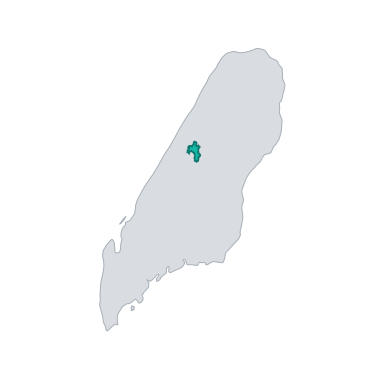 location of Ambositra, Amoron'i Mania, Madagascar, rotated 195°
{"feature_id": "10022922B13687813160362", "entity_name": "Ambositra", "entity_type": "district", "adm_level": 2, "iso_a3": "MDG", "parent_name": "Madagascar", "parent_adm1": "Amoron'i Mania", "projection": "natural_earth1", "projection_center": [47.304, -20.561], "detail": "fine", "context": "in_parent", "style": "filled", "palette": "teal", "viewbox_px": 384, "rotation_deg": 195, "n_neighbors": 0, "source": "geoboundaries", "source_scale": "gbopen_adm2", "svg_char_len": 7188}
<svg xmlns="http://www.w3.org/2000/svg" viewBox="0 0 384 384"><g transform="rotate(195 192 192)"><path d="M244.2,44.1L245.1,46.5L246.2,48.9L249.4,54.5L250.8,56.6L252.0,58.9L252.6,63.5L254.7,70.6L256.6,81.2L257.2,92.2L257.8,97.2L259.3,101.9L261.8,106.9L262.6,112.3L261.1,117.9L258.8,123.2L258.2,124.2L257.2,125.6L256.7,125.5L254.9,124.2L253.5,121.9L251.7,116.7L251.0,114.0L250.2,113.6L248.1,113.8L246.5,115.5L246.2,116.5L246.5,119.5L247.1,122.1L247.4,124.9L247.4,128.3L248.0,129.3L248.8,130.2L249.7,132.4L249.9,137.7L249.3,140.4L247.8,142.7L247.9,144.0L248.4,145.3L247.9,146.1L245.9,147.1L245.0,148.0L243.9,150.4L242.2,155.2L241.9,157.6L243.0,165.1L242.7,170.4L240.4,180.5L239.1,185.3L237.2,191.0L234.4,198.6L231.6,208.1L229.2,217.9L227.5,223.8L225.5,229.6L222.8,239.8L220.4,250.2L217.0,261.6L212.3,274.4L211.8,276.1L210.8,282.6L209.8,288.2L208.5,293.8L205.9,303.1L205.6,306.0L205.0,308.7L202.4,314.5L201.4,316.7L200.6,319.0L200.2,321.9L199.4,324.7L197.6,329.8L194.9,334.3L193.0,335.9L188.9,338.2L186.9,338.7L182.3,338.8L177.9,340.1L173.4,342.7L169.0,345.6L167.3,347.0L165.4,347.8L159.6,348.0L157.8,347.4L152.0,342.5L149.7,341.7L145.4,341.1L144.1,340.6L142.9,340.0L141.2,337.5L137.7,335.3L136.9,334.7L136.4,333.2L136.0,331.6L135.1,329.8L134.4,326.4L133.3,324.1L130.1,319.9L129.7,318.6L129.4,314.1L129.5,311.1L129.2,305.6L129.5,303.0L130.6,300.7L130.1,298.2L128.9,295.5L128.5,292.8L127.6,290.3L124.2,285.8L123.4,283.6L122.9,281.3L121.6,274.2L121.4,271.7L121.5,266.4L122.0,263.7L122.8,261.8L123.0,260.4L123.5,259.2L124.3,258.2L124.8,257.1L126.0,250.4L127.6,248.9L129.9,248.0L131.8,246.3L132.8,243.9L133.9,239.0L136.8,234.2L137.9,231.6L140.2,227.8L142.3,222.3L143.0,219.8L143.4,217.2L143.9,211.4L144.3,208.6L144.2,205.8L143.0,202.9L140.1,197.6L140.0,196.6L140.2,192.7L139.9,189.8L138.9,187.0L137.5,184.4L136.1,179.4L135.4,171.2L135.5,168.2L135.1,165.6L134.1,163.0L134.8,158.7L143.4,142.7L143.7,140.9L143.3,136.0L143.5,133.2L143.8,132.1L144.5,131.5L145.9,131.2L153.0,130.5L153.9,130.0L155.6,128.7L158.0,126.1L159.1,125.4L160.1,125.6L160.7,126.7L161.5,127.3L164.3,126.2L165.4,126.1L166.5,126.3L167.0,125.2L167.3,123.8L167.7,122.8L168.5,122.2L172.2,121.9L174.5,121.5L177.5,120.5L178.1,120.7L180.6,124.3L181.3,124.6L182.3,124.8L183.1,124.1L181.1,122.2L180.8,121.1L180.9,119.9L182.0,117.3L183.7,115.3L187.7,112.2L191.7,108.7L192.9,108.5L193.9,109.0L194.7,113.2L194.6,113.8L195.3,113.9L196.0,113.4L196.7,111.8L196.7,110.4L196.2,109.0L195.9,107.9L195.9,106.9L198.0,104.4L199.6,102.1L200.3,99.3L201.0,98.0L202.7,96.6L203.2,96.8L203.6,98.0L203.8,99.2L203.4,100.4L202.8,101.7L202.5,103.3L203.5,103.6L204.4,103.2L205.7,100.3L207.3,97.5L208.2,96.0L209.3,95.0L211.2,95.2L213.1,95.8L210.1,92.9L209.3,88.9L212.9,81.9L212.9,80.4L213.4,80.0L213.7,79.4L211.8,77.0L211.5,75.9L211.7,74.1L212.6,72.5L213.4,71.4L214.6,71.0L215.5,71.6L217.5,73.5L218.8,73.8L220.4,72.0L221.8,69.7L223.8,68.1L226.1,67.1L229.5,63.4L231.8,55.8L232.0,53.5L231.5,50.8L230.7,48.2L229.3,45.0L229.7,44.3L231.6,44.7L232.2,44.3L234.3,41.5L237.7,36.0L238.8,36.0L239.7,37.0L240.1,38.5L240.8,39.6L243.0,42.2L244.2,44.1ZM220.5,65.6L220.6,66.5L218.0,66.1L217.6,63.2L218.8,63.1L219.1,62.0L219.9,61.8L220.7,64.4L220.5,65.6ZM251.7,147.4L249.5,151.6L250.2,148.1L252.7,143.0L253.5,142.6L251.7,147.4Z" fill="#d9dde1" stroke="#a8b0b8" stroke-width="1"/><path d="M194.1,224.2L194.2,224.3L194.3,224.4L194.3,224.5L194.2,225.2L194.1,225.3L194.2,225.7L194.5,225.9L194.6,226.2L194.7,226.7L194.9,227.0L194.5,227.1L194.4,227.2L194.4,227.3L194.2,227.3L194.1,227.6L194.3,227.8L194.2,227.9L194.2,228.2L194.3,228.2L194.4,228.3L194.3,228.5L194.1,228.6L193.9,228.7L193.6,228.7L193.6,229.0L193.5,229.4L193.4,229.7L193.5,229.8L193.7,230.0L193.8,230.3L194.1,230.2L194.3,230.1L194.4,230.5L194.5,230.5L194.8,230.7L195.0,230.9L195.6,230.9L195.5,231.2L195.8,231.6L195.8,231.8L195.9,232.3L196.0,232.3L196.1,232.2L196.6,232.0L196.7,232.5L196.4,233.0L196.5,233.2L196.6,233.3L196.8,233.5L196.9,233.8L196.9,234.3L196.7,234.4L196.7,234.5L197.0,234.6L196.9,234.9L196.9,235.2L197.1,235.3L197.2,235.5L197.2,235.9L197.1,236.1L196.7,236.2L196.7,236.3L196.6,236.6L196.4,236.5L196.2,236.8L196.1,237.0L196.4,237.4L196.3,237.7L196.7,237.7L197.0,237.8L197.2,238.1L197.3,238.2L197.4,238.3L197.4,238.2L197.6,238.3L197.6,238.2L197.7,237.9L197.8,237.9L198.1,238.0L198.3,238.0L198.4,237.9L198.5,237.9L198.6,238.0L198.8,237.9L198.9,237.4L199.0,237.3L199.1,237.2L199.5,237.3L199.6,237.5L199.8,237.7L200.0,237.8L200.1,238.1L200.2,238.4L200.2,238.5L199.9,238.6L200.0,239.0L200.0,239.4L200.1,239.6L200.1,239.9L200.2,240.2L200.2,240.4L200.3,240.4L200.4,240.5L200.5,240.7L200.5,240.8L200.6,241.0L200.9,241.3L201.0,241.2L201.3,241.3L201.4,241.1L201.6,241.1L201.6,240.9L201.8,240.8L202.1,241.0L202.3,240.9L202.4,241.0L202.4,240.9L202.6,241.0L203.0,241.0L203.2,240.9L203.2,240.6L203.2,240.2L203.2,239.9L203.2,239.7L203.1,239.4L203.1,239.2L202.9,239.2L202.9,238.9L202.7,238.6L202.9,238.6L202.9,238.3L203.0,238.2L203.1,237.9L203.4,237.7L203.5,237.6L203.7,237.4L203.7,237.1L203.8,237.0L203.8,236.8L203.7,236.7L203.9,236.6L204.2,236.5L204.2,236.4L204.3,236.1L204.2,235.9L204.4,236.0L204.5,235.9L204.6,236.1L204.8,236.1L205.0,236.1L205.5,236.2L205.8,236.2L206.0,236.0L206.3,236.1L206.5,236.0L206.7,236.4L206.7,236.1L206.5,235.8L206.5,235.3L206.7,235.2L207.0,235.3L207.1,235.2L207.0,234.8L207.2,234.4L206.9,234.2L207.0,234.0L207.3,234.2L207.4,233.9L207.0,233.6L206.8,233.5L206.7,233.3L206.5,233.5L206.4,233.5L206.3,234.1L206.5,234.3L206.5,234.5L206.3,234.6L206.1,234.4L206.1,234.2L206.1,233.9L206.0,233.6L206.0,233.2L206.3,233.1L206.3,232.7L206.4,232.4L206.5,232.2L206.9,231.9L206.8,231.7L206.9,231.4L207.0,231.3L206.8,231.1L206.7,231.1L206.7,230.9L206.7,230.7L206.8,230.7L206.9,230.4L207.0,230.4L207.0,230.2L206.9,230.2L206.7,230.0L206.8,229.7L206.7,229.6L206.8,229.6L206.8,229.4L206.7,229.5L206.4,229.6L206.2,229.5L205.9,229.4L205.8,229.1L205.6,228.9L205.5,229.1L205.4,229.0L205.2,228.9L204.9,228.5L204.8,228.4L204.8,228.5L204.7,228.8L204.8,229.0L204.9,229.3L205.0,229.3L205.0,229.5L204.9,229.7L204.9,229.8L204.6,230.1L204.6,230.3L204.8,230.7L204.8,230.9L204.7,230.9L204.7,231.0L204.5,230.9L204.4,230.8L204.2,230.7L204.1,230.8L204.0,230.6L203.9,230.6L203.7,230.7L203.7,230.8L203.5,231.0L203.4,231.2L203.4,231.4L203.3,231.5L203.2,231.4L203.0,231.2L202.2,231.0L202.1,230.9L201.9,231.1L201.7,231.0L201.4,231.0L201.2,230.8L201.2,230.6L201.0,230.3L200.8,230.3L200.7,230.5L200.5,230.4L200.3,230.4L200.4,230.1L200.2,230.0L200.2,229.8L199.8,229.8L199.8,229.6L199.7,229.5L199.4,229.7L199.2,229.3L199.1,229.0L198.9,228.7L198.8,228.4L198.7,228.4L198.7,228.5L198.6,228.4L198.5,228.1L198.7,227.9L198.7,227.7L198.7,227.4L198.7,227.0L198.6,226.8L198.7,226.7L198.6,226.4L198.4,226.1L198.4,225.8L198.4,225.7L198.4,225.4L198.5,225.1L198.2,225.0L198.0,225.4L197.9,225.3L197.8,225.0L197.9,224.5L197.8,224.2L197.5,223.5L197.5,223.3L197.6,223.2L197.5,222.7L197.3,222.7L196.9,222.7L196.6,222.7L196.4,222.7L196.4,222.8L196.2,222.8L196.1,222.6L195.8,222.8L195.7,222.7L195.7,222.8L195.6,222.7L195.5,222.9L195.4,222.7L195.3,222.8L195.2,222.7L195.1,222.9L195.1,223.1L194.7,223.5L194.3,223.5L194.3,223.3L194.3,223.2L194.2,223.2L194.1,223.6L194.2,223.8L194.2,224.0L194.1,224.2Z" fill="#14b8a6" stroke="#0f766e" stroke-width="1.5"/></g></svg>